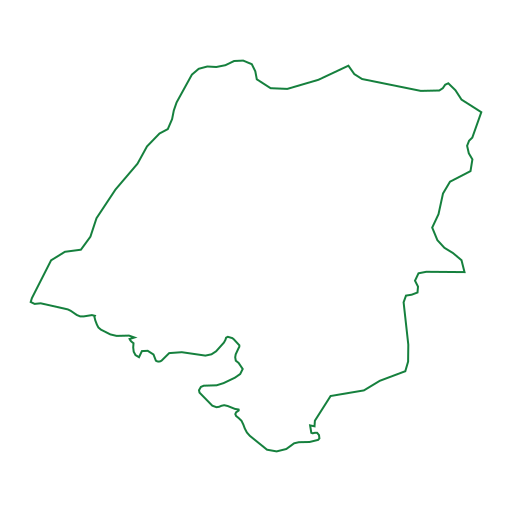 map outline of Opole (Robinson projection)
{"feature_id": "POL-3167", "entity_name": "Opole", "entity_type": "Voivodeship", "adm_level": 1, "iso_a3": "POL", "parent_name": "Poland", "parent_adm1": "", "projection": "robinson", "projection_center": [17.773, 50.56], "detail": "fine", "context": "isolated", "style": "outline", "palette": "green", "viewbox_px": 512, "rotation_deg": 0, "n_neighbors": 0, "source": "natural_earth", "source_scale": "10m", "svg_char_len": 2135}
<svg xmlns="http://www.w3.org/2000/svg" viewBox="0 0 512 512"><path d="M34.6,303.9L30.7,302.0L31.9,298.1L51.1,260.3L64.9,251.8L80.9,249.7L90.4,236.7L96.5,218.2L115.5,189.5L137.5,163.7L147.0,146.4L159.5,133.5L167.8,129.1L172.1,119.1L173.8,110.5L176.6,102.4L191.9,74.6L198.7,68.8L207.3,66.5L216.3,67.0L225.4,65.2L234.1,61.0L243.2,60.6L251.8,64.2L255.3,71.3L256.8,79.3L270.6,88.2L287.3,88.9L318.4,79.8L348.4,65.7L354.3,74.1L362.0,79.0L420.8,90.9L439.3,90.5L442.8,88.2L445.2,84.7L448.3,83.3L455.4,90.2L461.5,99.6L481.3,112.2L472.3,137.6L469.1,140.7L467.1,145.8L468.8,153.3L472.4,159.4L470.5,171.1L450.0,181.7L443.0,193.5L438.5,214.2L432.2,227.6L437.4,240.2L444.4,247.8L452.9,253.0L461.5,260.2L464.5,272.1L426.2,271.8L418.5,273.3L415.0,280.7L418.0,286.6L417.5,292.5L411.7,294.7L406.0,295.6L403.6,302.3L408.3,344.7L408.1,361.6L405.3,371.2L379.8,380.8L363.9,390.4L330.6,396.0L314.9,420.7L314.5,426.2L314.5,426.3L310.1,425.4L311.3,432.8L312.7,433.3L314.8,432.8L317.1,432.8L319.0,435.1L319.4,438.4L318.1,439.9L309.5,442.0L298.9,442.2L294.1,443.3L286.3,449.0L276.6,451.4L267.0,449.7L249.8,435.8L246.9,432.5L244.8,428.5L243.3,424.5L241.5,420.8L238.6,418.0L236.1,416.0L235.3,414.1L236.1,412.3L238.6,410.6L238.7,410.4L238.7,410.1L238.7,409.8L238.6,409.5L234.9,408.9L227.7,406.0L224.2,405.2L221.4,405.8L219.1,406.8L216.5,407.2L212.3,405.7L199.5,392.6L199.0,390.2L200.9,386.9L203.8,385.7L216.6,385.3L223.6,383.1L234.9,377.7L240.2,374.0L242.7,369.0L238.6,362.9L235.8,360.7L235.2,357.3L235.7,354.3L238.6,348.1L239.2,347.1L239.4,346.1L239.3,345.2L238.6,344.5L233.7,339.2L232.3,338.1L227.8,336.8L226.1,337.7L225.4,339.9L223.9,342.6L216.1,351.3L211.5,354.3L205.4,355.6L181.8,352.2L169.2,353.1L161.5,360.7L160.1,361.4L158.7,361.6L157.3,361.4L155.9,360.7L153.5,354.5L147.7,350.8L141.9,351.1L139.0,357.2L135.5,355.1L133.7,351.7L133.2,347.5L133.5,343.2L132.3,342.3L131.2,341.4L130.3,340.3L129.6,339.0L134.4,337.5L129.0,335.6L116.6,335.9L110.3,334.4L101.0,329.7L98.4,327.5L96.9,324.6L95.3,320.4L94.4,316.8L94.9,315.8L91.9,315.1L83.8,316.4L80.2,316.4L76.8,315.0L70.7,310.8L67.8,309.4L40.7,303.3L34.6,303.9Z" fill="none" stroke="#15803d" stroke-width="2"/></svg>